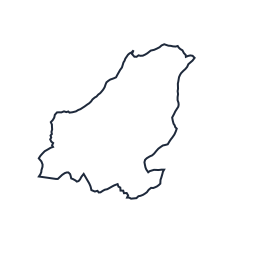 Iaras, São Paulo, Brazil, rotated 44°
{"feature_id": "56859067B24028623946293", "entity_name": "Iaras", "entity_type": "district", "adm_level": 2, "iso_a3": "BRA", "parent_name": "Brazil", "parent_adm1": "São Paulo", "projection": "natural_earth1", "projection_center": [-49.105, -22.813], "detail": "fine", "context": "isolated", "style": "outline", "palette": "slate", "viewbox_px": 256, "rotation_deg": 44, "n_neighbors": 0, "source": "geoboundaries", "source_scale": "gbopen_adm2", "svg_char_len": 2585}
<svg xmlns="http://www.w3.org/2000/svg" viewBox="0 0 256 256"><g transform="rotate(44 128 128)"><path d="M84.9,211.8L86.7,212.0L88.9,212.2L91.9,213.6L93.5,215.4L95.0,218.4L96.2,219.9L97.1,222.1L97.6,224.8L111.4,214.8L112.9,213.4L113.2,207.4L113.9,204.3L114.8,202.6L116.0,201.4L118.4,201.4L120.2,202.4L122.2,203.7L124.1,202.9L126.7,202.2L128.4,202.1L129.3,200.5L129.2,198.3L128.4,195.5L128.0,191.8L138.6,194.8L141.3,195.9L142.7,196.7L144.8,198.1L148.3,196.7L149.7,194.4L151.7,194.7L152.9,193.4L153.5,190.7L154.2,188.5L155.6,186.4L156.5,183.5L157.2,181.1L158.0,178.7L159.5,175.6L161.9,176.8L163.8,176.2L166.1,178.2L168.1,176.4L170.4,177.7L172.2,175.7L174.9,176.4L175.7,178.7L177.1,177.3L179.3,176.7L181.0,174.7L182.8,172.6L182.9,169.8L184.1,168.1L185.2,165.7L185.8,163.3L186.2,161.1L185.8,158.1L186.2,155.0L187.8,153.7L188.6,152.0L189.4,150.0L189.8,147.7L189.9,145.6L187.4,142.7L186.4,140.5L184.6,137.1L183.5,135.2L182.9,132.9L181.1,134.6L179.2,137.0L175.8,140.0L173.6,143.9L173.3,145.8L169.9,145.1L167.9,144.2L165.7,142.7L163.6,141.2L162.4,139.0L162.5,136.7L163.4,133.3L164.4,130.9L164.6,128.3L164.3,124.7L164.2,121.8L164.6,119.3L165.2,116.4L166.9,113.8L167.9,112.1L167.2,109.1L166.7,106.4L166.5,104.2L165.9,100.5L164.8,97.4L163.5,94.6L161.5,94.6L159.6,93.6L157.9,93.3L155.2,91.7L152.5,89.8L151.4,85.9L150.5,83.3L149.4,77.8L148.3,76.1L146.8,74.8L144.3,73.5L142.2,71.3L140.5,68.9L138.1,67.0L136.7,65.0L133.1,61.5L132.0,59.8L129.4,56.0L128.6,53.8L128.1,51.7L128.1,48.5L128.3,45.7L128.1,42.9L127.1,40.2L127.6,34.7L127.2,31.3L124.3,31.2L122.4,32.5L121.1,34.5L120.2,36.6L118.8,35.4L116.2,35.3L113.2,34.3L110.7,34.9L108.4,34.9L106.8,34.5L105.7,36.3L103.7,38.0L101.7,39.2L99.9,40.7L95.9,42.6L94.8,45.3L94.6,48.0L93.6,50.9L92.5,53.6L90.6,56.5L90.0,60.8L89.4,63.1L88.4,65.7L86.7,67.5L85.1,68.4L84.7,70.8L83.1,72.3L79.5,72.0L78.0,68.3L78.1,71.0L77.3,73.2L77.1,75.2L77.5,77.6L77.9,80.0L78.8,82.0L79.2,84.0L80.1,85.7L81.6,88.7L82.0,91.7L82.7,94.4L83.5,97.5L84.2,99.8L83.4,101.8L82.5,103.7L81.6,105.4L81.1,107.6L80.8,110.1L81.6,112.2L82.9,115.0L83.5,117.7L83.7,120.2L83.8,122.3L83.4,124.5L83.5,127.3L82.9,129.2L82.6,132.1L83.0,134.6L82.9,137.2L82.4,139.3L81.8,142.8L81.2,145.3L80.7,147.5L79.7,149.6L79.0,152.2L77.0,155.4L75.2,157.6L73.6,157.6L72.6,159.4L70.4,160.5L69.2,163.1L67.5,164.6L66.1,166.1L66.2,169.3L67.7,171.7L68.4,174.5L68.4,177.4L70.9,178.4L72.4,179.9L74.4,181.7L75.7,184.0L77.4,185.2L77.5,187.2L79.4,188.2L79.9,190.2L82.3,191.1L84.6,190.8L85.4,193.2L87.2,193.7L86.1,195.9L85.2,199.2L84.2,202.6L84.2,206.0L84.3,208.7L84.9,211.8Z" fill="none" stroke="#1e293b" stroke-width="2"/></g></svg>